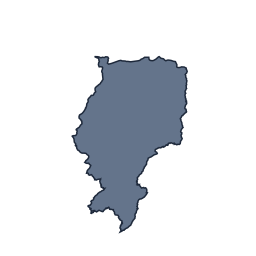 outline of Santa Rosa De Cabal, Risaralda, Colombia, rotated 230°
{"feature_id": "7082276B83235998403741", "entity_name": "Santa Rosa De Cabal", "entity_type": "district", "adm_level": 2, "iso_a3": "COL", "parent_name": "Colombia", "parent_adm1": "Risaralda", "projection": "equal_earth", "projection_center": [-75.574, 4.836], "detail": "fine", "context": "isolated", "style": "filled", "palette": "slate", "viewbox_px": 256, "rotation_deg": 230, "n_neighbors": 0, "source": "geoboundaries", "source_scale": "gbopen_adm2", "svg_char_len": 5672}
<svg xmlns="http://www.w3.org/2000/svg" viewBox="0 0 256 256"><g transform="rotate(230 128 128)"><path d="M53.4,55.2L52.9,57.1L53.0,58.2L52.2,59.3L52.6,60.0L52.3,60.8L52.4,61.8L51.8,63.6L52.0,65.7L51.8,67.7L52.2,68.2L52.6,69.5L53.3,70.4L53.4,71.3L53.9,72.1L54.4,75.3L55.0,75.7L55.4,76.5L56.8,77.3L57.7,78.5L57.8,79.8L58.6,80.6L59.4,81.9L59.8,83.7L60.5,83.4L60.5,83.8L61.2,84.4L62.2,84.4L62.3,85.0L63.2,86.0L63.3,86.3L63.8,86.2L64.3,86.7L64.6,87.7L65.0,87.9L65.9,89.4L66.1,90.2L66.0,91.3L65.2,92.5L64.8,94.7L64.9,95.3L64.6,96.1L65.2,98.7L65.2,99.3L65.6,100.0L65.8,100.8L65.9,101.0L66.3,100.3L66.6,100.3L66.8,100.6L66.9,101.3L67.7,101.8L68.2,102.4L69.2,103.0L70.2,102.9L70.7,103.1L71.1,102.8L71.2,102.4L71.5,101.8L72.3,101.8L73.4,99.7L76.9,100.0L77.4,99.8L77.7,99.4L77.7,100.1L78.7,99.0L78.7,99.5L80.0,99.4L80.9,100.4L81.2,100.0L81.6,100.3L81.7,99.9L81.8,100.7L82.1,101.1L82.1,101.7L82.4,102.3L83.8,103.0L84.1,103.5L84.1,105.1L84.7,106.3L84.7,108.3L84.5,109.1L85.5,110.5L85.3,111.3L85.5,112.0L86.5,113.2L87.1,115.0L87.6,115.3L87.6,116.2L88.2,118.1L88.1,118.6L90.2,120.7L90.7,122.6L91.9,124.1L91.4,126.1L91.0,127.1L90.7,130.7L89.6,133.4L89.6,134.0L90.8,134.4L92.6,133.8L93.6,134.5L93.9,135.3L93.4,137.1L93.5,137.6L93.1,138.4L93.1,139.2L92.2,139.8L92.0,140.4L91.7,140.5L91.6,142.1L91.3,143.0L90.7,142.7L90.5,142.9L90.2,144.3L90.3,145.5L90.5,146.0L90.4,146.5L90.0,146.6L89.9,147.2L89.4,147.1L89.2,147.4L89.7,148.1L89.8,148.7L90.2,148.8L90.3,149.1L89.6,150.4L89.2,150.5L89.1,151.5L87.0,152.5L86.8,153.5L85.8,153.0L85.7,153.7L83.8,154.6L83.9,154.8L83.4,155.9L82.5,156.6L82.4,157.3L82.5,158.0L84.1,159.8L84.6,161.8L85.3,162.9L86.6,162.9L87.3,163.5L87.9,163.6L88.6,164.4L88.8,165.3L89.9,166.2L90.5,165.9L91.3,165.9L92.6,168.0L93.1,170.6L93.9,170.5L94.6,171.2L95.8,171.5L97.6,172.7L99.8,173.3L100.4,173.9L101.4,173.9L101.7,174.4L101.8,175.3L102.7,177.1L102.3,178.1L102.8,179.2L102.6,179.9L102.8,181.1L102.6,182.7L102.8,183.3L103.5,183.3L104.0,183.9L105.1,184.5L105.7,184.1L106.8,184.3L108.5,186.7L108.9,188.4L109.4,189.1L110.2,189.1L110.5,189.7L111.2,189.5L111.3,190.2L112.5,190.3L112.8,191.0L114.4,191.3L114.8,191.9L116.4,192.6L117.5,194.0L117.5,194.6L118.6,194.7L119.6,195.5L119.8,196.3L120.4,197.3L120.6,198.3L121.3,198.4L122.2,199.2L123.2,199.7L123.4,200.7L124.6,201.3L126.3,203.5L127.2,203.6L128.4,204.7L129.5,204.7L131.2,206.0L132.1,206.1L132.5,207.4L132.4,208.1L133.3,209.7L134.8,210.3L135.7,210.4L136.4,211.1L138.6,210.2L140.4,208.3L140.9,206.8L142.1,205.2L143.1,204.6L143.6,204.7L145.0,206.1L148.4,207.0L149.9,205.7L152.1,204.4L154.1,202.6L154.7,201.7L155.2,200.2L156.5,199.7L158.1,199.7L160.4,198.0L162.6,197.8L162.9,197.1L162.8,193.7L163.2,191.4L163.6,190.3L164.9,188.9L166.2,188.2L167.3,188.4L168.8,189.4L171.5,186.2L171.6,184.2L172.3,182.1L172.1,181.5L172.4,180.1L173.0,178.9L177.0,172.6L179.3,170.5L179.7,169.8L181.2,168.8L183.2,166.6L184.4,166.0L185.3,164.4L188.1,156.8L189.4,154.2L190.9,153.9L192.3,156.1L193.3,156.7L193.9,157.9L195.4,158.1L196.9,156.7L197.2,155.1L198.7,153.8L198.9,153.0L199.4,152.2L200.8,151.6L202.0,150.7L204.2,148.3L202.2,149.1L200.8,150.0L199.6,150.0L198.2,149.0L197.2,148.7L196.9,147.6L195.5,146.0L193.5,145.2L193.1,145.5L192.5,146.5L191.2,147.5L190.8,147.5L189.6,146.4L188.5,144.5L187.8,144.0L186.2,143.6L185.5,142.9L181.3,140.1L180.9,138.6L180.4,137.6L180.3,136.3L179.8,135.4L180.0,132.8L179.8,132.2L180.0,131.1L179.9,129.0L179.2,127.9L177.7,126.9L176.5,126.5L176.4,124.6L175.5,122.8L175.6,122.0L176.6,120.9L176.1,118.6L176.0,116.8L175.3,115.3L174.6,115.1L173.7,114.3L172.9,111.8L172.0,111.0L170.9,109.5L170.6,108.2L170.2,108.2L169.1,104.8L168.7,102.7L168.7,101.6L168.9,100.9L169.1,99.2L168.2,97.8L167.0,96.9L164.6,97.2L163.8,96.8L163.1,97.1L160.8,95.4L160.7,93.4L159.9,91.2L160.2,89.7L159.9,88.8L160.3,88.2L160.2,87.5L159.9,87.1L158.8,87.3L158.1,86.9L157.4,85.8L156.6,85.4L155.9,83.5L156.1,82.7L157.1,81.5L157.3,80.8L157.7,80.3L157.6,80.0L155.5,79.9L154.2,79.5L151.7,77.8L149.3,77.7L148.4,76.4L147.9,76.4L147.5,77.1L145.6,75.8L143.5,75.3L142.2,75.9L140.8,75.8L139.4,76.1L138.4,76.6L136.5,78.7L135.5,79.5L133.5,79.6L132.9,79.9L132.1,80.0L131.0,79.3L130.1,77.6L130.2,77.2L130.0,76.3L130.1,74.8L129.6,73.8L129.5,72.8L128.4,73.1L127.3,73.8L127.0,74.1L126.7,74.9L126.3,75.1L125.9,75.3L124.9,75.0L123.6,75.5L123.2,75.4L121.9,72.6L121.8,70.8L121.5,69.4L120.0,67.2L119.4,68.1L118.7,68.4L117.6,67.7L116.6,68.2L116.3,68.5L116.0,69.8L115.4,70.1L114.1,69.8L113.1,70.1L112.1,69.8L110.6,69.9L109.8,69.2L109.2,70.1L108.6,70.1L108.0,72.1L107.0,73.5L106.5,73.7L106.5,74.2L106.0,73.7L106.0,73.0L105.4,72.2L103.3,71.2L102.2,71.2L101.9,70.7L101.6,70.8L101.4,70.5L101.2,70.6L101.0,70.2L100.1,69.5L99.6,69.6L99.4,70.0L98.9,70.0L98.4,70.5L98.3,70.2L97.9,70.2L97.6,70.6L96.9,70.3L96.6,71.1L96.1,69.4L96.7,67.6L96.7,66.0L97.1,65.3L97.2,62.7L96.8,61.4L97.0,60.0L96.9,58.4L96.5,57.6L96.5,56.6L95.7,56.3L95.4,55.1L95.3,54.3L95.8,53.5L95.6,52.4L94.3,52.1L93.8,51.7L93.5,51.1L93.5,50.2L93.1,49.6L93.9,48.1L94.0,47.3L93.5,47.0L91.5,47.5L90.4,46.8L90.0,47.6L89.6,46.9L88.6,46.8L88.1,47.1L87.4,45.7L86.8,45.4L86.6,44.9L85.9,45.3L86.2,46.3L85.6,47.2L86.6,47.8L86.9,48.2L86.8,48.7L86.2,49.4L85.6,49.0L85.0,49.6L83.9,50.0L83.6,52.9L80.6,54.5L80.1,55.1L80.1,55.6L80.5,56.1L80.4,57.7L80.8,59.4L80.0,59.7L79.9,60.1L80.3,60.5L80.1,60.9L79.8,60.8L79.5,61.5L79.6,62.3L78.4,62.1L77.6,61.7L77.3,62.2L76.7,62.4L76.5,62.9L75.6,63.5L74.9,64.3L74.4,63.7L72.3,63.6L71.3,62.8L69.7,62.4L67.6,64.2L65.9,63.9L65.6,63.2L64.0,62.9L63.5,63.2L63.0,62.8L60.5,63.6L59.6,62.5L59.2,62.8L58.6,62.5L58.5,61.9L59.0,62.1L58.5,60.6L57.9,59.9L57.9,59.2L57.4,59.0L57.0,58.0L56.3,57.5L55.3,57.6L54.7,57.0L54.0,56.9L53.6,56.1L53.6,55.7L53.4,55.2Z" fill="#64748b" stroke="#1e293b" stroke-width="1.5"/></g></svg>